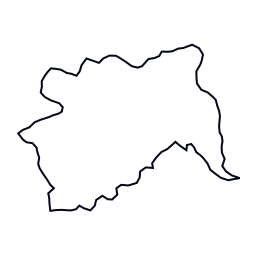 Monte Alegre do Sul, São Paulo, Brazil, rotated 268°
{"feature_id": "56859067B34036073366888", "entity_name": "Monte Alegre do Sul", "entity_type": "district", "adm_level": 2, "iso_a3": "BRA", "parent_name": "Brazil", "parent_adm1": "São Paulo", "projection": "orthographic", "projection_center": [-46.671, -22.708], "detail": "fine", "context": "isolated", "style": "outline", "palette": "ink", "viewbox_px": 256, "rotation_deg": 268, "n_neighbors": 0, "source": "geoboundaries", "source_scale": "gbopen_adm2", "svg_char_len": 1614}
<svg xmlns="http://www.w3.org/2000/svg" viewBox="0 0 256 256"><g transform="rotate(268 128 128)"><path d="M74.0,237.9L77.0,230.1L81.2,224.4L86.7,220.9L93.7,223.5L100.1,221.0L106.3,220.9L111.5,222.0L116.2,221.5L120.6,219.4L126.8,219.1L136.9,220.3L141.8,219.7L147.5,217.9L153.0,216.7L156.1,213.9L160.7,209.0L163.7,202.6L170.0,198.5L175.5,198.2L182.3,198.3L188.6,202.3L192.7,204.0L198.8,205.5L205.2,201.9L209.0,195.0L206.0,185.9L205.6,180.9L203.2,175.2L202.8,170.8L203.2,164.4L198.8,161.7L197.0,156.9L196.2,150.8L189.3,144.2L188.0,139.8L189.6,134.1L194.4,127.8L198.2,122.4L200.6,118.5L201.0,112.0L198.4,105.8L194.1,101.2L196.8,94.4L198.9,88.9L192.4,83.8L186.3,81.7L182.0,78.4L184.3,72.9L185.1,68.8L188.7,62.8L189.6,58.1L190.3,53.1L187.4,50.2L183.3,46.8L177.8,43.4L172.4,43.4L166.5,42.0L161.9,45.9L158.3,51.9L155.2,60.0L151.2,63.5L146.6,62.4L144.6,58.6L143.5,54.0L141.6,49.2L139.4,41.3L137.0,34.9L132.1,29.4L129.7,22.7L126.4,18.1L120.2,22.5L117.3,26.0L116.2,32.0L111.6,35.9L107.6,36.5L101.4,38.2L95.3,37.0L91.1,38.2L85.3,41.4L79.7,45.1L73.6,48.6L70.4,51.8L65.5,46.0L61.1,46.8L54.8,46.9L47.9,47.5L48.5,53.3L48.5,59.0L47.6,67.8L48.6,73.1L52.1,76.7L49.4,81.0L47.0,87.5L51.4,92.0L57.2,93.7L61.1,100.1L57.5,105.3L57.1,109.7L61.7,114.9L68.2,114.3L71.4,119.2L70.6,126.4L72.8,134.8L78.1,137.9L84.1,138.6L88.0,144.5L87.2,151.5L92.0,150.9L97.2,154.9L102.8,160.5L105.6,166.6L109.6,171.5L112.5,174.9L108.4,179.4L103.8,185.6L108.9,186.3L109.8,190.6L106.5,193.3L101.4,195.4L98.6,199.0L95.7,201.9L89.8,206.2L83.4,208.8L78.9,214.1L75.0,219.1L72.3,226.4L73.3,232.5L74.0,237.9Z" fill="none" stroke="#020617" stroke-width="2"/></g></svg>